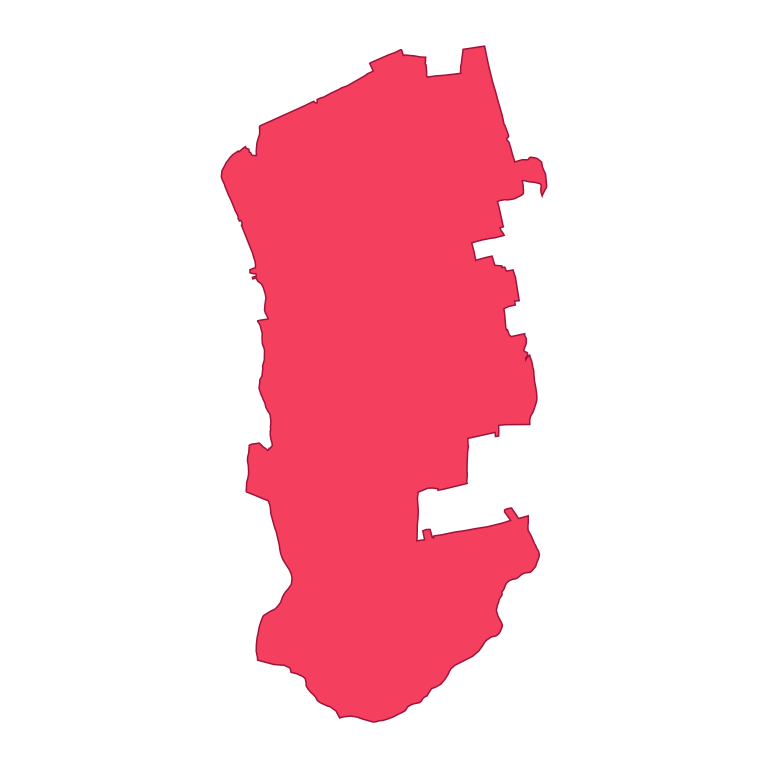 Braesti, Iasi, Romania (orthographic projection)
{"feature_id": "2599482B69543465685111", "entity_name": "Braesti", "entity_type": "district", "adm_level": 2, "iso_a3": "ROU", "parent_name": "Romania", "parent_adm1": "Iasi", "projection": "orthographic", "projection_center": [27.088, 47.145], "detail": "fine", "context": "isolated", "style": "filled", "palette": "rose", "viewbox_px": 768, "rotation_deg": 0, "n_neighbors": 0, "source": "geoboundaries", "source_scale": "gbopen_adm2", "svg_char_len": 6089}
<svg xmlns="http://www.w3.org/2000/svg" viewBox="0 0 768 768"><path d="M246.5,491.9L268.4,500.9L270.2,506.4L270.8,513.2L271.5,516.2L274.6,527.4L276.2,531.7L279.2,544.6L279.7,548.7L280.5,552.9L281.9,557.2L283.4,560.4L289.6,570.2L291.2,573.9L292.0,577.5L291.9,580.3L291.3,584.3L288.3,588.8L285.6,591.8L283.9,594.4L282.6,596.8L280.6,602.4L277.9,606.1L275.3,608.7L273.9,609.6L270.5,611.2L264.7,614.8L263.2,616.0L261.5,619.9L259.2,626.9L258.1,633.2L257.2,637.1L256.4,644.0L256.2,651.2L257.4,657.0L257.6,660.2L273.9,664.5L284.3,665.3L290.2,668.2L291.0,672.3L296.4,673.6L302.8,676.5L305.3,678.8L305.7,681.1L306.2,682.8L306.1,685.7L308.1,689.2L310.7,692.2L314.4,695.7L315.6,697.2L317.4,700.6L320.1,702.6L323.9,704.4L327.6,706.1L330.2,706.7L335.9,710.9L339.7,718.0L341.9,717.2L347.1,716.4L350.6,716.1L357.2,717.1L362.4,719.0L372.7,721.9L376.0,721.8L379.1,720.8L383.1,720.4L388.6,718.7L394.1,716.5L399.3,713.7L402.3,712.4L405.0,710.8L405.9,709.8L407.5,707.0L410.4,705.1L413.4,703.9L419.6,702.6L421.4,701.0L423.2,698.1L424.8,696.9L427.3,695.7L427.5,694.9L431.7,688.4L433.5,688.0L436.0,686.9L440.9,684.1L445.1,679.1L447.9,674.7L449.3,671.6L451.3,668.2L452.0,667.9L454.7,665.4L472.4,656.4L478.8,651.0L482.5,645.9L484.7,642.2L486.7,640.1L491.3,636.9L495.3,636.1L496.7,635.5L499.0,633.4L500.4,631.3L502.3,626.3L502.2,624.6L501.5,622.7L498.0,616.1L496.5,611.0L496.4,609.8L497.6,604.7L498.5,602.5L499.2,599.5L499.6,598.6L502.0,595.1L502.1,594.1L501.8,592.2L502.7,591.0L504.2,588.6L505.7,584.5L507.2,582.4L509.5,580.5L512.8,579.3L515.4,578.8L517.3,578.1L521.9,574.2L525.5,572.8L529.2,572.5L530.6,572.1L532.0,570.8L535.4,566.7L536.0,565.5L536.6,563.1L538.2,559.5L539.3,555.9L539.4,554.5L538.5,551.1L536.6,547.9L535.9,546.0L534.6,543.8L531.3,536.1L528.1,530.3L527.9,525.7L528.3,522.5L528.2,515.8L518.6,518.5L511.5,508.0L507.8,508.6L505.3,509.5L504.5,510.1L504.6,512.0L510.7,520.4L502.2,523.1L487.2,526.8L476.2,528.5L462.6,531.0L455.1,532.0L440.6,535.0L434.5,535.8L433.6,536.2L433.9,537.5L433.6,537.8L432.3,537.5L430.1,529.4L426.4,529.5L422.8,530.8L424.6,539.7L416.7,540.8L417.1,537.0L417.3,525.5L418.0,517.8L418.3,510.4L417.4,498.6L418.2,492.2L427.9,488.2L432.2,488.0L437.9,488.8L438.0,490.3L444.5,489.0L467.2,483.4L466.7,482.1L467.2,476.8L467.2,472.4L467.0,471.4L467.1,464.4L467.6,451.9L468.4,446.4L468.0,443.9L467.8,438.4L495.1,432.4L495.4,436.5L498.6,436.1L498.8,431.1L498.7,425.9L498.9,425.4L499.5,425.2L505.3,424.7L529.8,424.5L529.7,419.9L530.3,417.4L531.2,415.0L532.7,412.9L534.1,409.2L536.1,403.0L536.8,399.9L536.9,397.8L536.6,393.3L535.7,387.1L534.6,381.7L534.0,375.7L533.7,370.5L532.9,367.7L531.8,361.5L530.0,356.6L529.7,355.2L526.8,357.9L525.8,359.9L525.6,358.5L525.8,357.7L527.6,355.4L527.8,354.8L527.4,353.0L526.9,352.4L524.5,351.5L523.7,350.2L523.8,349.5L524.4,348.7L524.8,347.0L525.8,345.0L526.3,343.0L526.4,338.7L525.0,336.2L524.7,334.8L524.7,333.7L511.2,336.6L509.2,334.7L507.4,329.7L506.5,329.9L505.8,327.8L504.7,314.3L503.9,308.7L508.9,306.4L515.3,305.0L514.6,301.1L519.2,300.7L515.4,277.1L514.1,273.5L513.1,269.9L506.4,271.2L504.8,267.1L502.0,267.5L501.9,265.9L494.8,265.3L492.1,256.1L486.5,257.3L476.6,260.0L475.8,260.5L473.8,250.6L471.7,242.8L482.0,240.0L491.2,238.2L495.0,237.8L504.2,235.3L502.8,232.8L501.1,230.6L500.0,227.9L503.3,226.8L499.0,207.2L497.5,201.6L499.5,200.6L504.9,199.7L507.4,199.9L510.7,199.5L514.5,198.7L521.4,195.3L523.3,193.7L523.5,190.1L523.2,188.0L523.2,185.9L522.3,180.8L522.6,180.6L525.7,180.9L528.4,181.7L534.4,182.3L540.1,183.7L540.9,184.8L541.2,185.6L541.3,186.4L540.8,188.5L540.9,191.4L541.1,192.7L542.2,195.9L542.5,195.0L545.1,189.6L546.4,187.7L546.7,185.8L545.5,173.9L543.3,169.3L542.3,166.4L541.7,162.2L537.4,158.6L534.5,157.8L530.7,157.2L529.5,157.7L528.2,159.6L527.6,159.8L522.4,159.7L514.8,161.9L512.2,153.4L510.8,148.0L509.5,144.1L509.3,142.8L508.1,141.0L507.1,140.4L506.8,139.7L506.8,138.3L507.9,137.6L508.4,136.9L508.7,136.2L508.3,134.6L504.8,125.1L504.1,124.4L502.1,114.9L498.5,102.7L495.5,91.4L492.7,82.3L488.5,65.1L484.6,46.1L463.1,49.3L461.2,64.5L460.8,65.6L460.5,72.4L460.8,73.3L445.3,75.2L435.6,75.9L427.3,77.1L426.5,75.0L426.7,72.8L426.1,65.1L425.3,64.1L425.2,63.2L425.6,60.8L425.3,59.7L425.6,58.7L425.7,57.2L420.7,57.0L414.4,55.9L407.3,55.2L404.5,55.1L403.4,55.6L401.6,49.9L400.7,49.7L395.0,52.5L388.7,54.8L370.4,62.8L369.7,63.4L373.2,71.2L367.5,73.7L365.4,75.4L363.0,76.8L347.1,85.9L341.2,88.0L339.0,89.4L330.7,93.3L323.5,97.2L321.5,97.6L317.1,99.5L317.2,102.3L317.0,102.9L316.0,103.0L314.8,102.4L313.8,101.3L313.2,101.5L303.8,106.1L260.1,125.8L259.4,127.2L259.7,130.6L259.6,134.1L257.3,141.5L256.9,143.5L256.2,150.8L256.3,153.6L256.5,155.5L252.4,155.4L251.6,154.7L250.5,152.5L249.4,152.3L248.8,149.2L246.1,148.2L245.5,146.6L244.0,147.5L238.9,151.8L238.2,151.0L232.8,154.7L230.2,157.3L228.4,159.9L226.2,162.5L224.7,165.7L222.0,170.6L221.3,176.6L221.8,178.5L223.2,181.8L224.4,184.1L224.8,185.9L228.4,194.8L231.1,200.4L234.6,208.9L234.9,210.0L237.7,215.4L238.2,217.0L238.1,218.5L239.4,221.0L240.8,220.3L241.9,222.7L242.3,224.8L241.4,225.2L252.6,253.3L253.2,254.9L253.1,255.5L255.3,262.1L255.1,262.4L255.5,264.4L255.4,267.8L253.8,268.2L249.9,269.7L250.0,272.9L253.5,273.7L256.0,273.8L256.4,276.1L252.4,277.3L252.8,278.9L256.3,278.0L257.6,281.1L261.4,283.9L263.3,287.6L265.2,293.7L266.0,298.3L265.6,299.8L265.0,304.3L264.5,310.0L265.2,312.5L268.2,318.5L268.1,319.0L259.6,320.3L257.6,320.9L257.6,321.3L259.6,324.2L260.1,325.2L262.3,333.8L262.0,336.7L262.3,343.1L262.7,344.9L264.0,348.1L264.5,350.4L264.3,360.0L262.7,365.4L262.6,367.0L262.8,368.6L262.1,375.0L261.6,376.7L260.2,379.0L259.8,380.3L259.7,381.0L259.8,381.8L259.0,388.1L261.0,394.5L262.6,397.8L263.2,399.6L264.8,402.7L265.8,407.1L267.7,411.0L269.5,413.5L270.0,414.6L270.9,421.0L270.8,424.5L270.4,426.8L270.7,430.1L270.1,431.4L270.3,432.4L270.2,434.9L271.0,439.6L272.1,443.6L272.2,445.2L272.0,446.1L269.8,448.4L269.0,448.4L269.0,449.2L267.7,450.5L265.5,448.4L263.4,447.1L259.4,443.1L251.5,444.2L249.3,445.2L248.7,452.9L247.6,457.4L247.5,461.1L248.3,465.4L248.6,471.4L248.5,474.6L247.8,478.4L246.7,482.2L246.2,491.2L246.5,491.9Z" fill="#f43f5e" stroke="#9f1239" stroke-width="1.5"/></svg>